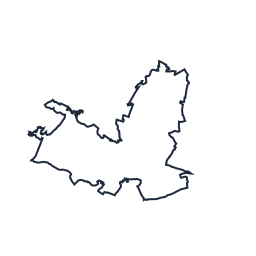 the district of Suplac, Mures, Romania, rotated 123°
{"feature_id": "2599482B50332129802710", "entity_name": "Suplac", "entity_type": "district", "adm_level": 2, "iso_a3": "ROU", "parent_name": "Romania", "parent_adm1": "Mures", "projection": "orthographic", "projection_center": [24.521, 46.387], "detail": "fine", "context": "isolated", "style": "outline", "palette": "slate", "viewbox_px": 256, "rotation_deg": 123, "n_neighbors": 0, "source": "geoboundaries", "source_scale": "gbopen_adm2", "svg_char_len": 5976}
<svg xmlns="http://www.w3.org/2000/svg" viewBox="0 0 256 256"><g transform="rotate(123 128 128)"><path d="M207.9,191.5L207.7,191.1L206.9,190.9L207.5,188.4L205.8,184.1L202.4,180.5L201.3,177.7L200.8,177.0L200.7,176.1L201.1,174.8L200.6,173.4L201.0,170.7L200.6,163.6L200.1,162.2L198.2,159.7L197.7,157.8L196.9,155.9L196.8,152.8L197.7,150.5L199.8,150.4L201.5,149.2L201.8,148.1L203.0,146.5L204.5,142.2L198.8,141.0L197.2,139.3L196.3,136.8L196.5,135.5L195.1,133.6L195.4,132.3L194.6,131.4L195.7,127.1L194.7,124.9L193.3,123.6L191.3,122.7L190.7,122.8L189.8,124.5L189.0,124.5L188.8,123.8L187.9,123.6L187.4,122.4L187.3,119.9L187.2,119.4L187.8,119.5L188.7,120.7L188.8,120.6L188.9,119.6L188.1,118.0L188.5,117.4L189.4,117.7L192.1,117.5L195.0,118.8L197.1,118.8L197.3,118.4L197.2,112.9L194.6,112.9L193.7,110.4L193.5,110.0L193.1,109.9L191.6,102.4L189.3,102.6L187.3,102.1L181.3,101.9L179.9,102.7L178.9,104.6L177.9,105.1L177.4,105.0L176.7,104.6L176.9,103.3L176.6,103.0L175.0,103.6L175.0,102.9L174.6,102.7L172.1,103.2L172.4,101.7L173.7,99.6L172.9,98.8L171.1,101.0L170.3,99.0L169.1,96.9L168.3,96.2L166.9,93.9L165.9,92.8L165.1,89.8L165.1,88.6L167.4,87.3L168.8,87.4L169.7,87.2L171.9,88.4L172.9,86.2L176.3,81.1L177.7,78.5L178.1,76.9L179.8,75.5L179.1,75.2L178.3,74.3L178.3,74.0L177.9,73.3L178.0,72.9L177.0,72.5L176.6,71.9L172.1,65.4L169.0,62.9L165.3,59.2L162.5,58.0L161.2,56.6L158.3,54.6L150.7,50.3L145.7,45.6L142.2,48.6L140.9,48.3L140.2,48.9L139.2,50.5L137.2,51.9L137.6,53.5L140.7,56.2L140.8,56.6L139.1,58.8L138.3,58.7L134.5,55.6L131.8,50.2L131.6,52.9L131.7,53.9L133.2,56.2L133.4,59.3L135.3,65.1L136.3,69.0L136.7,69.7L136.7,71.9L137.1,73.5L138.1,75.6L138.1,76.0L137.9,76.4L136.2,76.7L136.0,77.1L134.2,77.7L132.2,77.8L129.8,77.3L129.2,77.7L128.9,77.4L125.9,77.3L121.5,77.9L121.1,77.2L120.5,77.1L119.2,77.3L118.9,77.9L118.7,77.4L118.4,77.4L118.4,78.3L118.0,77.5L118.1,78.4L117.9,79.1L114.7,79.1L114.4,80.6L112.0,84.6L111.8,85.4L112.0,87.1L111.4,89.2L110.9,90.0L110.0,90.7L107.9,88.9L105.3,87.5L104.8,86.7L103.7,83.8L102.7,83.1L98.5,86.5L94.9,88.7L94.7,87.9L93.4,86.0L91.0,84.0L87.3,88.7L87.4,89.3L83.1,92.7L78.4,94.8L78.5,98.0L76.9,98.4L76.7,97.1L75.7,95.2L71.6,97.1L71.3,96.5L63.7,100.0L59.7,101.5L58.2,101.6L57.4,101.2L56.6,101.9L56.3,102.6L56.5,102.9L56.3,103.8L55.9,104.1L55.9,104.6L52.6,106.7L51.9,106.4L50.6,106.9L50.0,108.8L48.1,112.6L57.5,117.4L57.8,116.7L57.8,117.5L57.5,117.7L57.7,118.1L54.7,118.9L55.9,121.6L57.7,123.5L59.7,126.7L57.8,127.3L56.2,125.5L55.2,126.8L55.3,127.6L55.8,128.7L55.4,129.5L55.9,130.2L55.5,130.0L55.2,129.2L54.4,130.0L54.6,130.5L54.1,131.1L54.6,132.0L54.4,133.1L54.7,136.6L55.1,138.4L59.3,135.4L59.6,136.4L63.5,133.8L64.3,135.1L63.8,135.8L64.6,136.1L65.1,138.2L65.9,139.1L66.8,139.6L68.2,139.7L71.0,138.7L73.3,139.0L73.8,139.5L74.0,140.4L75.3,141.1L76.1,140.8L76.5,140.1L79.8,137.4L83.0,138.9L83.5,141.0L80.6,141.5L80.7,141.8L81.4,142.1L83.1,141.9L85.3,143.0L87.5,143.6L88.0,143.2L89.3,143.9L90.2,142.5L88.1,141.3L94.4,141.3L106.1,140.6L107.6,140.8L108.2,141.3L108.4,141.0L108.3,140.8L109.0,140.3L107.7,138.7L106.7,139.5L105.3,138.2L106.3,137.2L105.7,136.5L116.1,134.3L118.4,133.4L119.5,138.3L119.9,138.9L122.6,137.6L123.4,137.5L123.5,135.9L123.8,135.7L125.3,135.5L127.2,142.0L131.0,140.3L132.0,137.3L134.4,136.3L135.2,134.7L135.4,133.7L136.4,133.3L137.3,132.0L138.3,131.8L139.0,130.9L139.7,130.7L140.3,129.9L141.4,129.0L141.6,127.0L142.1,126.7L143.6,128.8L144.0,130.5L143.8,128.6L144.8,128.3L145.8,128.6L146.3,129.0L146.6,129.9L146.3,130.5L146.3,131.9L146.7,132.3L148.2,135.8L148.1,136.7L147.8,136.8L147.2,135.1L147.0,134.8L146.8,135.1L146.9,136.3L147.4,138.1L147.1,144.0L147.5,144.4L149.1,143.4L150.0,143.5L150.8,144.7L149.7,148.3L149.8,149.0L149.6,149.9L149.2,150.6L147.2,152.0L144.5,152.6L143.7,158.6L145.9,159.8L148.8,162.3L149.1,163.2L148.7,167.1L149.4,168.3L149.8,170.2L149.9,173.4L148.9,175.3L146.6,177.9L145.9,179.1L145.3,178.1L144.4,178.1L144.7,177.7L141.8,178.6L141.5,178.4L141.3,178.1L141.7,177.5L142.8,177.0L142.7,176.5L141.6,176.4L139.9,177.3L140.1,176.4L139.8,176.3L139.3,177.1L138.8,175.4L139.8,174.5L139.8,174.3L139.5,173.9L139.6,174.4L138.3,175.4L138.7,176.4L138.7,177.0L139.1,177.5L139.7,177.9L141.1,178.2L142.1,179.6L142.4,179.6L142.3,179.3L143.6,178.8L144.9,179.3L144.6,179.8L143.6,180.3L142.2,180.2L143.1,181.4L143.8,181.9L143.5,182.4L145.9,182.3L146.2,183.3L145.9,183.8L144.2,184.5L144.2,185.1L144.7,185.2L144.9,185.7L144.8,186.5L143.7,186.5L143.3,187.8L143.4,188.2L144.2,188.5L144.9,188.3L146.1,188.6L146.2,189.1L142.7,189.8L143.2,191.8L144.0,197.7L145.5,197.8L145.5,198.8L145.1,198.6L145.0,199.0L145.4,199.7L145.4,202.7L146.1,203.3L146.2,204.4L145.8,204.5L145.4,205.6L145.4,206.4L146.2,206.3L150.7,209.2L153.8,210.4L154.8,208.8L154.9,208.2L154.8,206.8L153.8,205.0L153.9,203.0L153.3,202.0L151.9,201.2L152.7,200.6L153.5,199.6L154.0,196.5L153.8,195.7L152.9,194.4L151.9,193.3L152.2,190.0L151.1,188.0L154.3,186.6L161.4,186.9L162.0,186.7L163.4,187.3L164.2,187.2L164.8,187.8L166.4,187.7L166.9,188.0L168.1,187.9L169.5,188.6L173.4,189.3L175.3,189.9L175.3,190.5L175.6,189.8L175.6,190.5L175.8,190.1L176.1,190.1L176.2,190.6L177.9,192.0L177.6,193.4L175.7,194.6L179.7,195.9L179.5,196.3L180.4,197.2L180.4,197.9L179.6,198.5L178.7,198.2L177.7,199.3L177.2,198.9L175.0,198.8L175.1,198.3L174.1,198.5L174.9,198.9L174.8,199.6L175.0,200.0L174.9,200.2L174.9,201.4L175.5,201.1L175.7,201.5L175.1,201.9L175.2,202.3L175.7,202.1L175.9,202.8L176.0,202.7L176.3,203.1L176.1,203.3L176.5,203.4L176.4,203.6L176.8,204.0L177.6,203.2L178.0,203.3L179.4,203.0L181.1,203.3L181.1,202.8L181.8,203.0L181.6,203.8L181.3,204.1L181.8,204.1L181.9,204.6L185.0,205.7L185.2,204.9L184.9,204.8L185.0,204.2L185.5,204.4L186.3,205.2L186.5,206.1L184.8,206.7L184.4,207.6L184.9,208.6L185.2,208.0L185.1,207.5L185.8,208.0L187.6,207.9L187.9,206.2L186.5,204.0L185.2,203.2L184.3,201.6L185.5,200.4L185.6,199.1L185.2,198.1L185.6,195.4L185.2,195.1L185.0,194.6L184.5,194.8L183.7,194.3L183.2,194.7L183.1,194.0L201.8,190.2L206.0,190.7L207.4,191.5L207.9,191.5Z" fill="none" stroke="#1e293b" stroke-width="2"/></g></svg>